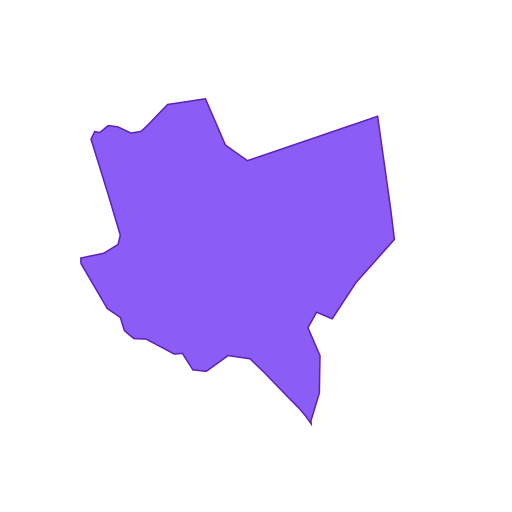 Bourem, Gao, Mali, rotated 68°
{"feature_id": "8926073B86504284097699", "entity_name": "Bourem", "entity_type": "district", "adm_level": 2, "iso_a3": "MLI", "parent_name": "Mali", "parent_adm1": "Gao", "projection": "albers", "projection_center": [-0.233, 17.792], "detail": "fine", "context": "isolated", "style": "filled", "palette": "violet", "viewbox_px": 512, "rotation_deg": 68, "n_neighbors": 0, "source": "geoboundaries", "source_scale": "gbopen_adm2", "svg_char_len": 759}
<svg xmlns="http://www.w3.org/2000/svg" viewBox="0 0 512 512"><g transform="rotate(68 256 256)"><path d="M432.3,267.7L429.4,266.8L406.8,248.6L372.4,234.0L342.0,234.7L330.8,220.9L342.8,208.9L318.1,173.3L292.5,121.5L263.2,113.6L172.0,90.9L164.4,228.3L141.7,242.8L91.3,244.0L82.4,281.2L94.1,307.4L97.4,315.8L95.2,325.9L84.5,335.7L79.7,344.2L83.0,354.7L80.2,358.9L85.9,365.2L144.6,370.1L166.6,372.2L185.8,374.0L193.6,379.6L196.4,396.1L193.4,412.7L192.3,419.2L197.5,421.1L248.1,413.7L248.8,413.7L262.2,404.8L275.7,406.0L281.1,403.3L286.8,400.2L291.9,389.0L316.4,368.4L318.7,360.7L337.9,357.2L344.3,345.3L337.9,319.2L349.1,300.0L367.1,292.0L387.4,283.8L398.4,279.4L414.6,272.6L424.0,269.6L432.3,267.7Z" fill="#8b5cf6" stroke="#5b21b6" stroke-width="1.5"/></g></svg>